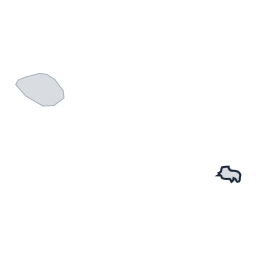 where Príncipe sits in São Tomé and Principe, rotated 88°
{"feature_id": "STP-4862", "entity_name": "Príncipe", "entity_type": "state/province", "adm_level": 1, "iso_a3": "STP", "parent_name": "São Tomé and Principe", "parent_adm1": "", "projection": "natural_earth1", "projection_center": [7.405, 1.615], "detail": "fine", "context": "in_parent", "style": "outline", "palette": "slate", "viewbox_px": 256, "rotation_deg": 88, "n_neighbors": 0, "source": "natural_earth", "source_scale": "10m", "svg_char_len": 934}
<svg xmlns="http://www.w3.org/2000/svg" viewBox="0 0 256 256"><g transform="rotate(88 128 128)"><path d="M92.6,228.9L80.7,238.7L76.4,236.2L73.7,229.3L70.4,214.6L71.5,207.5L76.9,199.5L88.7,191.4L95.7,190.9L103.0,201.4L103.0,212.4L92.6,228.9ZM181.1,35.0L176.8,38.5L171.7,35.6L170.3,30.2L176.9,19.9L180.0,17.4L182.6,19.5L184.2,22.4L184.4,26.5L181.1,35.0Z" fill="#d9dde1" stroke="#a8b0b8" stroke-width="1"/><path d="M185.6,20.7L185.0,21.3L183.7,21.9L182.4,22.8L181.7,24.3L183.4,24.6L184.9,25.5L185.5,26.5L184.4,27.0L182.8,27.5L182.3,28.6L182.4,31.7L181.9,34.3L181.3,35.7L180.4,36.2L179.0,36.5L178.6,37.3L178.6,38.4L178.5,39.9L178.2,39.4L177.8,38.4L177.6,38.0L176.9,38.4L176.1,39.0L175.1,36.8L173.5,36.2L171.8,36.0L170.5,35.3L170.1,31.2L170.2,28.7L171.3,28.9L173.2,28.0L174.2,26.7L174.4,25.1L174.5,22.9L175.1,20.3L176.6,18.3L178.7,17.3L180.8,17.8L184.0,18.2L185.2,18.8L185.6,20.7Z" fill="none" stroke="#1e293b" stroke-width="2"/></g></svg>